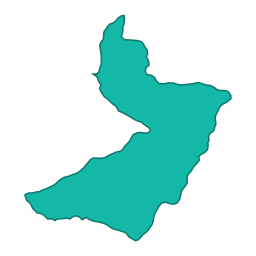 the district of Matutina, Minas Gerais, Brazil, rotated 270°
{"feature_id": "56859067B65978076435942", "entity_name": "Matutina", "entity_type": "district", "adm_level": 2, "iso_a3": "BRA", "parent_name": "Brazil", "parent_adm1": "Minas Gerais", "projection": "natural_earth1", "projection_center": [-45.985, -19.184], "detail": "fine", "context": "isolated", "style": "filled", "palette": "teal", "viewbox_px": 256, "rotation_deg": 270, "n_neighbors": 0, "source": "geoboundaries", "source_scale": "gbopen_adm2", "svg_char_len": 2787}
<svg xmlns="http://www.w3.org/2000/svg" viewBox="0 0 256 256"><g transform="rotate(270 128 128)"><path d="M35.4,55.0L37.0,57.1L37.1,60.1L37.5,63.8L37.8,67.1L37.0,70.2L38.8,71.9L40.3,75.6L39.0,79.6L36.3,82.0L38.5,86.2L36.7,89.1L35.2,92.5L34.5,95.3L34.1,98.2L33.2,101.8L32.4,104.4L30.9,107.4L28.4,110.7L26.9,113.9L25.9,117.8L24.7,121.6L23.4,125.4L21.6,127.2L18.8,129.1L17.0,132.7L15.4,135.0L16.1,138.0L18.8,141.0L21.1,142.5L23.0,145.2L25.6,148.0L28.7,150.1L31.8,152.2L35.2,153.3L40.0,154.0L44.1,155.6L46.9,157.4L49.6,158.9L52.5,161.0L53.9,165.1L52.4,169.7L51.8,173.6L53.0,177.1L56.6,179.7L59.7,180.5L64.3,181.2L67.5,183.2L70.2,185.5L73.1,187.2L77.0,187.2L79.6,187.2L81.9,188.3L83.9,190.5L86.1,191.8L88.5,193.1L90.8,195.1L93.0,197.2L95.9,199.3L99.1,198.7L101.3,200.5L102.6,203.0L104.1,205.4L106.4,207.5L110.0,208.1L113.1,207.8L116.0,209.1L118.8,208.5L122.0,209.5L124.4,212.7L126.8,214.3L129.2,214.8L131.8,215.9L135.1,215.6L137.9,215.1L141.2,215.9L144.0,217.4L146.7,218.7L149.3,220.0L151.6,222.2L153.1,225.4L155.1,228.4L157.4,231.0L160.3,230.8L163.4,229.1L165.3,226.5L165.6,222.3L165.6,219.0L166.7,216.4L168.5,214.3L170.3,210.8L171.2,205.4L172.6,201.2L173.5,198.4L172.9,195.4L172.1,191.4L171.6,187.2L171.2,183.3L171.1,180.1L171.8,176.7L173.0,173.3L173.1,168.1L172.1,163.9L172.6,158.7L175.5,156.1L178.5,154.6L180.6,151.5L181.6,146.6L184.9,145.4L188.4,145.9L190.5,148.9L194.1,148.8L196.4,147.9L199.1,146.3L202.6,147.7L206.4,146.9L209.3,144.6L211.8,143.6L214.4,141.3L215.4,137.5L215.8,133.3L216.0,129.5L216.4,124.3L219.2,121.3L221.9,122.1L225.5,122.9L228.9,122.8L231.9,124.0L234.6,124.2L237.5,124.6L240.6,124.0L240.0,121.2L238.2,118.3L235.6,116.2L233.3,113.7L231.9,109.8L229.6,107.5L227.4,106.5L225.3,104.5L222.6,103.6L219.8,103.6L216.6,103.3L213.9,101.0L210.9,99.8L208.1,100.1L205.1,100.7L202.4,101.0L199.0,101.3L195.4,101.3L191.5,101.2L188.8,100.1L184.3,98.9L182.1,96.8L181.9,93.0L179.3,97.0L175.7,98.2L173.3,99.7L170.8,100.9L167.8,99.7L164.9,100.6L161.9,102.6L159.0,104.6L157.3,107.1L154.6,110.1L151.4,113.4L149.9,116.0L147.3,117.4L144.8,118.9L143.8,121.7L142.0,125.1L140.4,128.0L138.7,130.9L136.5,134.4L134.7,138.3L134.0,141.5L131.9,143.6L129.7,146.9L127.4,149.9L124.5,149.8L122.9,147.7L123.1,143.9L123.6,139.3L122.8,136.2L121.4,133.3L118.8,131.7L116.6,130.6L113.6,128.6L111.4,126.2L108.7,124.0L105.5,121.8L104.4,118.9L103.9,116.0L102.4,112.8L100.7,108.9L98.2,104.6L97.6,99.4L97.9,96.3L98.0,93.3L96.4,90.4L93.7,88.2L90.9,85.9L88.1,83.7L86.1,81.3L83.5,78.2L82.2,75.3L81.4,72.5L80.0,69.5L78.8,64.7L77.1,61.3L74.9,58.4L72.5,56.1L70.5,53.3L68.9,49.6L67.0,45.8L65.8,42.0L64.3,39.4L64.0,35.9L63.0,32.5L63.1,29.2L61.4,25.0L58.9,25.5L55.8,26.6L53.9,28.7L51.5,31.1L48.0,32.4L43.2,37.0L42.3,41.4L40.4,44.4L37.0,47.6L37.1,52.1L35.4,55.0Z" fill="#14b8a6" stroke="#0f766e" stroke-width="1.5"/></g></svg>